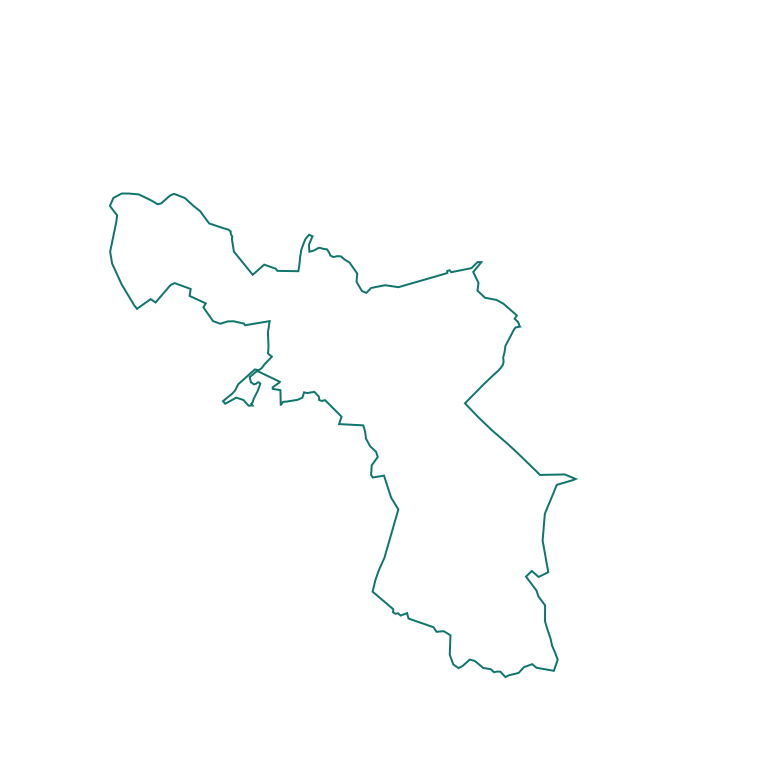 outline of Al Manaqil, Gezira, Sudan, rotated 315°
{"feature_id": "16777658B54371162299186", "entity_name": "Al Manaqil", "entity_type": "district", "adm_level": 2, "iso_a3": "SDN", "parent_name": "Sudan", "parent_adm1": "Gezira", "projection": "orthographic", "projection_center": [32.93, 14.177], "detail": "fine", "context": "isolated", "style": "outline", "palette": "teal", "viewbox_px": 768, "rotation_deg": 315, "n_neighbors": 0, "source": "geoboundaries", "source_scale": "gbopen_adm2", "svg_char_len": 3453}
<svg xmlns="http://www.w3.org/2000/svg" viewBox="0 0 768 768"><g transform="rotate(315 384 384)"><path d="M271.8,681.7L275.0,683.5L282.7,683.2L290.7,686.9L291.2,692.5L301.3,706.9L311.9,701.8L315.6,693.5L317.9,687.7L321.7,681.9L326.2,672.7L330.1,665.6L341.4,654.4L343.0,643.2L345.8,637.9L348.2,620.6L356.3,620.7L356.9,629.8L367.1,633.2L367.9,632.1L372.4,625.6L378.2,617.3L381.3,612.8L383.2,610.1L385.3,607.0L389.8,603.2L392.9,600.6L398.6,595.7L401.0,593.7L403.4,591.7L404.0,591.2L406.0,589.5L409.6,588.0L413.9,586.2L423.9,582.1L429.9,579.6L430.3,579.4L431.7,578.8L434.9,577.5L437.3,578.8L438.7,579.6L439.0,579.8L445.1,583.1L446.6,583.9L449.0,585.2L449.7,585.6L452.4,586.7L447.9,575.8L430.0,558.6L430.0,552.2L429.6,527.0L429.1,514.0L427.6,493.1L427.2,473.6L427.6,454.9L455.1,454.7L467.2,455.0L474.4,455.4L478.3,455.1L481.6,454.5L484.1,453.0L487.2,449.4L492.1,446.5L497.0,442.8L500.7,441.7L507.5,439.6L514.4,437.4L517.1,437.1L520.6,439.5L520.6,439.4L521.5,437.5L522.6,435.1L522.5,430.2L526.4,429.5L525.2,411.6L523.0,404.1L516.4,394.4L516.1,384.1L522.3,379.3L526.3,367.9L539.0,366.7L536.4,364.0L527.7,363.9L521.1,359.5L514.7,355.2L510.6,352.5L510.8,350.0L508.7,348.8L507.2,350.3L462.6,325.7L454.7,315.0L448.4,310.7L442.8,307.0L436.0,307.1L434.1,302.8L436.8,292.3L443.1,287.1L445.5,273.9L444.2,268.2L443.8,263.3L441.2,260.4L439.2,259.3L437.8,258.1L437.0,255.4L438.3,251.7L438.9,248.5L436.4,245.2L435.4,243.1L434.5,241.9L432.8,241.1L431.3,240.8L428.7,240.0L426.7,238.9L424.8,237.7L429.3,232.5L437.9,229.0L436.6,225.5L431.0,225.9L425.8,228.1L420.3,230.7L414.1,235.2L409.3,239.2L403.2,243.7L388.7,228.7L388.9,225.8L383.7,214.9L368.4,213.9L371.5,184.2L379.2,173.6L380.7,172.9L381.5,170.6L382.0,169.2L383.5,167.7L383.0,164.6L380.6,160.3L373.9,146.8L376.2,131.8L375.2,123.1L374.7,111.7L370.0,101.1L366.2,99.5L354.0,98.7L351.0,96.7L349.5,90.7L348.5,87.5L344.7,76.6L337.9,68.5L333.2,63.8L324.2,61.1L316.1,64.3L314.5,76.0L309.6,79.9L283.9,96.8L276.9,106.6L268.9,128.1L263.1,151.3L262.5,156.2L279.0,159.0L280.1,164.8L303.0,163.1L307.3,164.6L314.5,180.1L308.8,184.3L315.0,201.0L310.5,202.1L307.6,218.7L310.9,225.7L317.7,229.2L322.0,233.3L327.7,242.3L327.3,244.2L347.6,258.7L338.3,265.5L329.1,275.6L323.5,280.5L324.0,285.4L313.8,285.6L308.6,286.3L305.1,285.6L303.0,282.4L280.9,281.1L274.0,283.3L269.8,283.5L258.0,282.3L257.8,285.7L269.9,289.2L273.3,295.9L272.9,303.5L275.9,306.3L276.3,304.1L277.7,304.1L278.2,304.0L281.5,302.3L289.8,299.6L296.7,296.4L296.7,294.4L295.9,293.6L293.7,293.3L291.7,292.2L291.5,290.8L291.5,290.6L291.5,290.1L291.5,289.8L291.5,289.6L291.1,288.7L293.9,284.2L301.7,284.8L303.6,285.2L311.9,308.8L311.0,309.0L310.0,308.8L308.1,308.5L305.1,308.0L303.9,307.8L303.3,307.7L303.0,307.6L301.9,308.8L306.4,315.1L296.3,325.7L296.4,325.8L300.0,325.3L302.6,327.5L311.6,334.0L316.6,336.0L321.6,333.4L323.3,336.1L329.2,340.3L329.0,346.9L326.8,349.5L328.2,352.2L330.9,353.7L330.9,377.0L323.9,380.6L340.1,398.6L336.9,404.4L332.6,409.9L330.2,418.3L330.4,426.4L328.0,431.2L317.9,432.8L310.6,439.1L310.0,442.2L319.2,448.8L308.6,469.6L305.5,482.8L261.4,507.2L249.0,511.9L239.0,516.7L229.1,522.8L231.3,549.9L229.0,551.8L229.6,554.6L231.8,556.0L232.0,559.5L238.3,562.3L235.5,567.2L247.0,591.0L245.9,596.3L251.5,601.1L253.3,608.7L239.1,621.9L234.7,631.2L235.8,637.6L240.3,639.0L249.8,639.5L252.4,644.1L253.4,655.0L257.8,661.1L258.0,665.6L260.5,667.2L262.9,669.7L262.6,677.0L266.5,678.4L271.8,681.6L271.8,681.7Z" fill="none" stroke="#0f766e" stroke-width="2"/></g></svg>